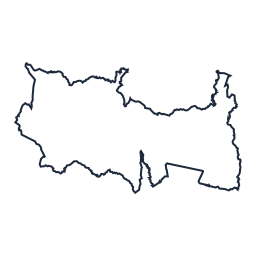 the district of Tafí Viejo, Tucumán, Argentina
{"feature_id": "61730980B77291084066522", "entity_name": "Tafí Viejo", "entity_type": "district", "adm_level": 2, "iso_a3": "ARG", "parent_name": "Argentina", "parent_adm1": "Tucumán", "projection": "natural_earth1", "projection_center": [-65.4, -26.653], "detail": "fine", "context": "isolated", "style": "outline", "palette": "slate", "viewbox_px": 256, "rotation_deg": 0, "n_neighbors": 0, "source": "geoboundaries", "source_scale": "gbopen_adm2", "svg_char_len": 5816}
<svg xmlns="http://www.w3.org/2000/svg" viewBox="0 0 256 256"><path d="M227.5,84.6L225.2,85.8L228.1,77.0L230.3,75.7L224.4,73.2L219.4,73.0L217.8,70.7L216.6,71.4L216.6,72.0L218.2,73.5L218.8,78.1L217.3,80.5L216.4,80.0L215.9,80.4L216.5,82.5L216.3,83.5L214.3,85.6L214.0,87.1L216.1,89.7L216.4,90.4L216.0,90.6L216.2,92.3L216.6,92.4L215.9,92.8L215.8,93.7L213.9,94.6L213.7,95.6L212.6,94.8L211.9,95.9L212.0,97.0L212.7,96.7L213.0,97.7L212.7,98.1L212.9,99.4L212.4,99.5L212.9,100.0L212.6,100.1L212.2,100.5L213.9,101.1L213.5,101.9L214.2,101.9L214.5,102.8L214.1,102.9L215.0,103.6L214.5,104.0L215.4,104.3L214.7,105.4L213.5,105.8L212.5,104.1L212.6,104.5L210.6,103.8L209.2,106.0L208.0,106.3L207.9,107.2L206.1,107.9L205.2,108.9L202.8,108.9L201.8,109.6L199.1,108.2L197.2,108.2L196.5,106.9L194.9,105.9L191.5,106.9L188.8,109.3L187.0,110.4L185.1,110.3L183.3,109.3L182.1,109.7L180.4,109.1L178.9,110.0L176.9,109.4L175.7,110.2L174.8,109.9L173.8,110.9L173.1,112.4L171.8,113.7L170.6,114.0L169.4,115.6L163.1,113.8L162.2,114.3L159.1,112.8L158.4,113.0L157.8,113.7L157.8,114.7L157.3,114.8L155.6,113.6L154.4,113.6L150.7,110.0L150.2,108.9L145.2,108.0L144.8,106.1L144.1,105.3L139.8,102.0L138.5,101.4L135.7,101.7L131.1,99.6L130.3,98.3L129.7,100.6L128.3,103.0L126.5,104.1L126.0,106.0L125.0,106.3L123.8,104.2L124.5,102.6L124.1,99.4L122.8,95.8L120.7,93.1L119.0,92.7L117.0,90.9L116.9,90.2L119.2,86.7L120.6,86.2L121.0,85.1L122.0,85.0L121.3,83.9L119.8,83.3L119.8,81.8L121.2,81.3L121.2,77.7L125.4,72.6L127.4,71.9L126.6,70.8L127.8,70.3L127.8,69.5L126.1,70.2L125.8,69.6L124.9,69.5L123.7,68.3L123.2,68.9L121.5,68.4L120.8,69.2L120.9,70.0L120.3,70.2L120.8,71.6L119.5,71.0L120.4,72.1L120.0,72.9L119.6,72.0L119.1,72.2L118.6,71.7L116.4,71.8L116.2,72.4L116.6,74.9L115.4,78.0L115.5,80.2L115.1,81.8L114.4,82.2L112.4,80.8L111.1,82.2L110.7,81.4L110.0,81.4L109.7,80.8L108.6,80.9L108.8,80.3L108.3,79.5L105.6,80.2L105.5,79.4L104.7,79.4L103.1,77.8L100.7,78.3L99.6,77.3L98.2,78.2L97.0,78.0L97.0,77.4L96.3,76.7L95.1,77.6L93.6,76.4L91.6,76.6L89.3,77.8L87.8,79.3L86.0,79.7L85.6,80.9L83.6,81.4L82.7,82.6L81.5,81.3L79.9,80.7L77.5,81.0L75.4,82.1L73.8,82.0L72.2,84.7L71.1,85.3L69.4,85.0L69.4,83.3L68.4,82.0L67.6,79.4L66.7,79.1L65.5,77.0L63.7,76.8L62.6,75.2L62.7,73.7L60.6,71.9L58.2,71.3L55.8,72.3L54.1,71.7L53.3,72.5L51.5,72.2L51.2,71.7L51.6,71.5L51.1,71.2L49.8,72.4L49.3,72.0L48.1,72.3L47.8,73.0L44.8,71.3L43.8,71.3L42.8,70.4L41.9,70.4L39.5,68.8L36.5,70.2L34.7,70.5L33.7,69.8L30.7,65.3L29.9,64.7L28.0,64.8L26.7,63.3L25.9,64.0L25.5,66.3L27.0,68.4L27.8,68.7L29.2,72.8L35.0,79.7L33.5,86.1L32.6,96.1L32.7,100.2L31.4,102.8L31.8,106.1L31.3,108.3L28.8,104.4L27.3,104.7L25.3,103.2L22.6,105.4L20.7,110.0L21.0,111.0L18.5,114.9L18.7,115.8L17.9,115.5L17.4,116.7L16.2,117.4L17.2,120.0L15.4,122.4L19.2,125.0L19.6,125.7L19.6,127.0L18.9,128.1L19.2,128.7L18.8,129.2L19.1,130.3L20.8,130.2L21.3,131.6L21.6,134.6L35.2,141.5L36.3,143.8L38.9,144.7L41.1,147.5L41.1,149.5L44.7,156.4L44.4,156.9L43.3,156.6L41.0,159.0L39.7,164.2L40.7,166.6L44.4,166.2L45.7,165.3L47.6,166.3L48.7,165.8L51.8,166.7L53.4,168.4L52.8,169.0L53.5,170.9L54.8,171.1L56.2,172.2L58.5,172.0L60.5,173.5L61.6,173.0L62.2,171.7L64.6,171.7L64.6,170.9L64.1,170.7L65.0,169.8L64.1,168.7L64.7,167.9L65.8,167.7L67.0,165.4L68.9,165.2L70.7,164.3L74.0,161.4L76.8,161.2L78.8,163.1L80.0,163.2L82.1,164.7L84.6,165.6L85.0,166.8L86.0,167.6L88.7,168.0L89.2,169.4L90.8,170.3L90.9,171.0L91.6,171.1L91.5,172.0L92.1,173.4L92.7,173.1L93.2,174.0L94.8,174.4L96.6,175.9L96.7,174.9L97.2,174.8L98.1,176.5L99.1,176.7L100.6,175.3L101.2,174.0L103.0,173.9L103.8,174.7L104.8,174.2L105.5,172.7L106.7,172.3L107.8,170.6L109.7,169.7L110.4,171.9L112.1,171.9L113.0,173.1L114.4,172.5L115.2,173.3L116.4,172.8L118.0,174.0L119.3,173.5L122.7,175.6L123.5,177.5L124.7,178.8L126.0,179.1L127.3,180.3L129.2,181.0L130.3,183.1L131.6,183.9L132.0,185.8L133.2,187.0L132.8,188.7L133.3,190.6L135.2,192.7L139.1,189.9L139.7,185.8L140.6,184.1L139.7,179.8L141.8,178.2L140.8,175.4L141.4,168.5L141.9,167.6L140.3,162.8L140.9,161.7L140.9,159.2L141.2,158.6L140.8,156.8L141.3,155.4L140.8,155.0L140.4,152.1L141.0,151.1L143.3,155.0L143.0,156.9L142.3,157.8L143.1,158.8L143.0,160.2L142.6,160.3L143.0,161.8L144.4,163.0L144.4,163.6L146.1,164.3L146.3,165.2L147.0,165.0L146.8,166.4L148.0,166.6L147.7,167.8L149.0,168.1L149.0,169.0L149.5,168.7L149.6,169.1L149.1,169.8L149.5,170.3L149.1,170.8L149.3,172.2L148.8,172.6L149.9,173.6L149.5,174.9L150.7,176.9L150.4,177.8L149.5,177.9L149.9,178.2L149.5,179.3L150.6,180.3L150.5,181.3L151.0,182.8L152.8,184.1L152.8,185.0L152.2,185.4L153.1,185.7L152.7,186.3L153.0,186.6L159.1,182.6L159.5,181.4L160.1,182.3L161.0,181.5L161.5,179.7L165.0,176.4L167.8,176.4L166.6,169.5L166.2,169.0L165.7,165.0L167.0,163.4L202.7,170.9L203.0,171.1L202.7,172.4L198.6,181.1L198.9,182.4L199.9,183.4L206.6,184.9L206.2,185.3L209.0,186.2L209.2,185.3L209.8,186.1L215.5,187.5L217.9,186.6L219.4,188.5L224.7,189.0L228.6,190.4L229.6,190.1L230.4,189.0L232.1,189.3L234.5,187.6L235.7,187.9L237.5,189.5L237.5,188.2L238.3,188.4L238.3,187.3L239.2,185.3L238.4,181.7L237.9,181.7L238.3,180.0L239.2,179.4L238.5,177.9L237.4,177.5L237.2,177.0L239.4,174.0L240.1,170.8L239.9,170.0L240.5,167.7L239.7,163.7L240.5,162.2L240.2,161.2L240.6,160.1L239.9,159.3L238.4,159.2L237.8,157.7L237.8,156.0L238.7,154.8L237.8,153.2L237.8,151.8L237.3,150.7L237.9,148.4L236.5,147.7L235.8,146.1L233.2,143.8L232.6,142.1L232.8,141.1L234.5,138.3L234.4,136.5L233.7,135.3L234.5,134.8L233.7,131.2L234.0,129.5L231.0,126.3L230.6,125.1L227.9,124.4L227.2,122.8L228.4,121.0L228.0,119.2L228.2,118.0L228.6,118.8L229.0,118.9L230.0,116.7L229.1,112.8L229.6,112.1L230.5,112.3L231.4,110.9L232.6,110.4L232.3,109.6L232.7,108.8L233.9,107.9L235.6,107.9L236.4,107.0L235.7,106.9L236.8,104.6L235.3,103.2L235.6,102.0L234.6,100.6L234.9,100.2L234.5,95.5L232.0,94.4L229.4,97.6L227.4,96.5L227.1,90.5L228.1,86.8L227.5,84.6Z" fill="none" stroke="#1e293b" stroke-width="2"/></svg>